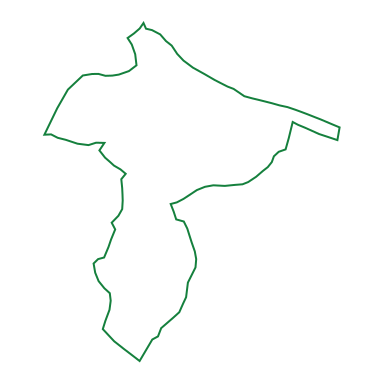 Maracanaú, Ceará, Brazil (orthographic projection)
{"feature_id": "56859067B10151614231833", "entity_name": "Maracanaú", "entity_type": "district", "adm_level": 2, "iso_a3": "BRA", "parent_name": "Brazil", "parent_adm1": "Ceará", "projection": "orthographic", "projection_center": [-38.623, -3.885], "detail": "fine", "context": "isolated", "style": "outline", "palette": "green", "viewbox_px": 384, "rotation_deg": 0, "n_neighbors": 0, "source": "geoboundaries", "source_scale": "gbopen_adm2", "svg_char_len": 1578}
<svg xmlns="http://www.w3.org/2000/svg" viewBox="0 0 384 384"><path d="M44.4,134.7L51.1,134.4L57.7,137.8L65.7,139.8L77.5,143.7L88.5,145.1L96.1,142.7L104.4,142.9L99.4,150.4L105.1,157.7L109.5,161.5L114.0,165.6L120.5,169.4L125.7,173.8L121.3,179.2L122.2,188.2L122.5,194.6L122.7,200.6L122.2,209.1L118.4,215.8L111.7,222.7L115.2,229.4L111.1,239.4L108.5,247.0L104.1,257.5L98.1,259.1L93.6,263.5L95.2,272.7L98.6,281.1L104.4,288.3L109.8,293.2L110.7,300.7L109.5,309.8L105.4,320.8L102.8,329.1L114.2,341.3L123.7,348.8L133.0,355.9L139.6,361.0L152.3,339.5L158.0,336.4L161.2,328.1L173.0,317.9L179.3,312.2L183.1,303.6L186.1,297.2L187.9,282.6L195.5,267.4L196.2,259.1L194.8,251.4L191.6,242.2L189.5,235.6L187.3,228.6L183.8,221.5L176.2,219.4L173.7,211.7L170.7,204.0L176.8,202.4L183.5,198.9L191.1,193.9L196.8,190.1L205.0,186.8L213.3,185.3L224.8,185.9L234.9,184.9L242.5,184.3L248.1,182.1L256.1,176.8L262.7,171.1L267.8,167.1L271.8,162.1L273.9,156.3L278.7,151.8L285.6,149.4L288.8,138.0L292.7,122.0L298.0,124.8L305.0,127.7L319.0,134.0L326.9,136.6L337.4,140.1L339.6,127.4L332.4,124.4L320.6,119.4L315.2,117.3L307.6,114.3L301.5,112.0L295.5,109.8L287.5,107.1L279.6,105.4L271.8,103.2L264.7,101.4L258.3,99.8L252.4,98.4L244.3,96.2L233.6,88.9L227.6,86.6L220.3,82.9L214.5,79.9L204.7,74.2L193.0,67.7L183.5,60.6L177.2,53.9L171.7,45.6L166.0,41.1L160.2,34.4L152.0,30.1L146.0,28.7L143.5,23.0L139.7,28.5L133.9,33.5L127.6,38.0L131.8,44.6L135.2,54.2L136.5,65.3L128.9,71.1L118.8,74.6L112.3,75.6L105.4,75.8L98.4,73.9L92.1,74.0L82.8,75.5L67.9,89.6L57.2,108.3L44.4,134.7Z" fill="none" stroke="#15803d" stroke-width="2"/></svg>